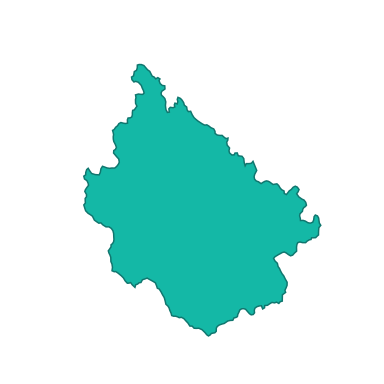 Esmeraldas, Minas Gerais, Brazil (Equal Earth projection), rotated 156°
{"feature_id": "56859067B18719992311576", "entity_name": "Esmeraldas", "entity_type": "district", "adm_level": 2, "iso_a3": "BRA", "parent_name": "Brazil", "parent_adm1": "Minas Gerais", "projection": "equal_earth", "projection_center": [-44.321, -19.761], "detail": "fine", "context": "isolated", "style": "filled", "palette": "teal", "viewbox_px": 384, "rotation_deg": 156, "n_neighbors": 0, "source": "geoboundaries", "source_scale": "gbopen_adm2", "svg_char_len": 4914}
<svg xmlns="http://www.w3.org/2000/svg" viewBox="0 0 384 384"><g transform="rotate(156 192 192)"><path d="M281.1,253.1L282.2,250.9L284.4,250.5L284.9,247.6L283.4,245.2L283.3,242.5L283.8,240.2L286.5,238.7L288.5,237.4L289.7,236.1L289.4,232.6L290.4,230.5L292.2,229.6L293.0,227.7L293.9,225.3L296.1,224.2L296.5,221.1L296.8,218.1L295.6,214.8L294.2,212.8L292.8,210.4L292.6,206.0L291.2,203.6L289.8,201.4L287.8,200.9L286.8,198.2L284.8,195.2L282.0,193.9L280.5,191.5L280.0,188.8L280.5,185.9L281.6,183.1L282.6,180.4L283.8,178.5L285.6,177.2L287.4,176.7L288.3,174.8L290.3,173.5L292.4,172.3L292.7,170.0L292.6,167.6L292.8,165.3L294.4,161.4L294.4,158.8L295.3,155.5L297.1,152.6L295.5,150.8L294.0,150.3L292.5,147.9L290.6,144.1L289.6,141.4L289.2,138.0L288.2,135.0L286.7,134.4L284.9,134.2L284.3,131.4L282.9,128.1L281.1,130.2L279.1,130.0L277.4,130.6L275.4,130.1L273.0,132.0L270.0,131.7L268.0,131.6L266.7,129.8L265.3,128.0L263.8,126.0L262.4,123.9L262.5,120.8L262.8,118.2L261.4,116.7L260.9,113.4L260.7,110.0L260.3,106.8L260.9,103.0L261.5,100.1L260.4,97.6L260.1,95.5L260.4,93.0L260.4,89.8L260.8,87.4L259.3,86.0L257.5,85.2L256.0,83.9L254.8,82.4L252.6,81.8L250.9,79.6L249.9,76.4L249.0,73.9L248.5,70.4L246.4,69.4L245.5,66.7L243.6,65.7L241.2,64.8L238.8,62.1L237.3,58.3L236.6,55.6L235.5,53.8L233.6,54.0L231.8,54.9L230.0,54.5L228.4,54.1L226.5,54.9L225.2,57.7L223.6,58.9L221.2,59.4L218.4,59.2L216.0,58.8L213.8,59.2L211.8,59.6L209.3,59.1L206.9,58.2L204.9,59.9L202.9,59.5L201.2,59.7L199.9,61.6L198.2,63.0L196.3,64.8L194.1,65.1L192.1,64.3L190.7,63.0L189.9,60.3L189.0,57.4L187.9,55.7L185.9,55.2L184.0,56.2L183.3,58.4L181.9,60.2L179.6,60.8L177.1,60.6L174.9,59.9L175.0,56.4L172.8,56.7L171.8,58.7L169.1,57.8L166.5,58.3L163.9,58.6L161.6,57.1L159.6,57.0L158.0,54.9L156.0,55.9L153.9,55.6L152.8,58.0L151.2,61.3L149.1,61.8L147.3,62.2L147.1,64.4L145.0,66.2L143.1,68.1L141.8,70.9L142.2,74.7L142.3,78.1L143.0,80.8L143.2,83.6L143.2,86.7L143.7,88.8L143.0,92.2L144.2,95.1L144.5,98.1L142.6,99.1L140.4,99.4L138.0,99.7L136.1,99.8L134.4,100.0L132.2,99.7L130.7,98.0L129.3,95.5L127.9,93.6L125.7,93.4L123.3,94.5L120.5,95.4L119.0,99.0L117.6,101.3L116.0,102.7L113.8,102.5L111.5,100.7L108.8,99.5L106.8,100.3L104.2,100.6L102.6,100.2L101.3,101.5L99.8,100.8L97.6,100.0L95.6,100.8L93.9,101.3L92.9,103.5L92.0,105.3L90.6,107.8L87.9,109.2L88.3,111.7L87.7,114.0L86.9,116.7L87.1,119.1L88.7,120.8L90.5,119.8L92.2,117.0L94.0,115.3L96.6,115.4L98.6,116.8L100.3,119.3L102.1,120.9L104.5,121.8L103.8,123.8L103.4,126.4L102.3,128.1L100.6,128.8L99.0,129.4L97.8,131.2L96.1,132.3L94.3,132.6L92.8,133.4L92.3,136.3L92.9,139.0L94.6,141.0L96.4,144.1L97.1,147.8L95.2,148.9L93.2,150.7L93.8,153.6L95.3,155.3L97.6,155.2L100.4,153.9L102.7,153.5L105.0,152.2L106.8,151.3L108.3,153.1L107.5,155.5L109.2,157.7L109.9,160.1L110.2,162.8L111.1,164.9L112.9,165.4L114.9,165.9L116.0,167.8L117.0,169.6L118.2,171.0L119.6,171.9L121.3,172.1L123.4,171.9L125.5,171.6L127.1,174.3L128.8,175.9L129.6,178.2L129.1,180.6L127.6,182.6L125.7,184.1L124.1,185.4L124.0,188.1L123.9,191.8L123.8,195.2L126.0,194.1L128.3,194.7L130.8,195.8L132.8,194.3L132.3,197.8L131.1,201.5L131.8,204.3L133.3,205.2L135.0,206.3L134.8,209.3L136.9,210.1L138.4,208.8L140.5,209.6L141.8,212.4L141.5,214.5L139.8,216.9L140.8,220.5L140.0,223.5L138.3,224.7L137.2,226.6L139.2,226.9L140.4,229.0L141.5,231.5L143.4,232.3L145.7,233.7L147.1,236.1L146.3,238.1L146.5,240.8L148.5,243.0L149.7,245.3L151.1,247.3L153.2,247.9L154.8,249.9L156.3,252.2L157.8,254.6L159.0,257.0L159.9,259.1L160.4,262.6L160.4,266.3L162.6,266.9L163.1,269.0L162.3,271.8L163.7,274.4L163.3,277.0L163.7,279.9L164.5,282.2L166.3,284.2L167.8,282.6L168.2,280.3L169.7,278.5L171.4,280.1L172.7,278.8L173.1,276.7L175.0,276.7L177.4,278.2L179.3,277.4L180.2,274.2L182.1,274.7L182.3,277.9L181.1,281.8L179.3,285.0L178.8,288.4L179.6,290.9L180.5,292.8L180.0,295.0L178.4,296.4L176.6,296.7L174.8,297.1L173.7,300.1L175.8,301.4L177.0,304.0L176.8,307.2L175.3,308.3L176.7,310.4L179.1,310.1L179.9,312.6L181.2,313.9L181.4,316.7L181.5,319.4L182.9,321.7L183.6,324.1L184.5,327.1L186.4,329.0L188.5,330.0L190.3,330.2L191.6,327.5L193.3,325.7L195.7,325.5L198.1,321.9L200.5,321.6L201.2,319.0L200.3,316.1L198.5,316.0L196.4,314.1L195.0,310.0L195.2,307.0L195.1,304.5L195.5,301.9L197.2,301.2L198.8,301.9L201.1,303.3L204.1,303.7L204.8,301.0L206.1,299.3L207.5,295.9L207.4,292.8L209.6,291.5L211.3,290.5L213.0,290.7L214.2,288.8L215.2,286.6L216.6,285.0L218.3,284.9L220.3,285.6L221.7,284.2L222.9,281.1L225.1,281.7L227.0,283.0L228.7,284.4L231.0,284.2L233.1,282.8L235.4,282.2L237.8,280.7L239.5,280.6L239.8,278.5L240.3,276.3L241.5,274.5L242.4,272.3L242.9,270.0L242.7,266.4L242.9,263.5L244.7,262.0L246.6,261.7L247.8,259.5L247.1,257.1L246.5,254.9L245.5,252.0L246.3,248.8L248.0,247.3L250.4,246.0L252.9,245.3L255.5,246.5L257.8,247.2L259.9,248.6L261.2,249.9L263.3,251.9L265.7,250.3L267.8,247.2L269.9,245.4L271.7,246.4L273.4,247.3L276.2,249.8L276.9,253.4L277.2,255.9L279.1,255.3L281.1,253.1Z" fill="#14b8a6" stroke="#0f766e" stroke-width="1.5"/></g></svg>